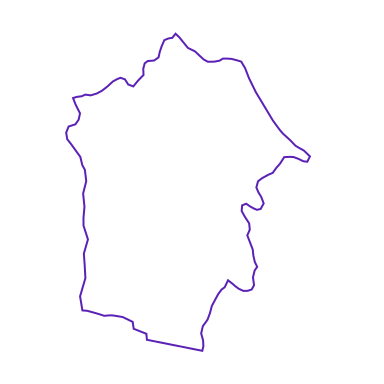 outline of Paraipaba, Ceará, Brazil, rotated 355°
{"feature_id": "56859067B23139491669089", "entity_name": "Paraipaba", "entity_type": "district", "adm_level": 2, "iso_a3": "BRA", "parent_name": "Brazil", "parent_adm1": "Ceará", "projection": "equal_earth", "projection_center": [-39.165, -3.424], "detail": "fine", "context": "isolated", "style": "outline", "palette": "violet", "viewbox_px": 384, "rotation_deg": 355, "n_neighbors": 0, "source": "geoboundaries", "source_scale": "gbopen_adm2", "svg_char_len": 1781}
<svg xmlns="http://www.w3.org/2000/svg" viewBox="0 0 384 384"><g transform="rotate(355 192 192)"><path d="M312.6,166.8L307.0,160.4L302.5,157.4L299.1,154.9L294.2,148.8L287.8,141.9L285.1,138.2L281.6,132.5L278.8,127.8L264.3,98.1L258.7,83.6L255.7,73.3L252.4,66.4L247.4,64.4L242.8,62.8L238.0,62.1L234.4,61.8L230.9,63.6L225.3,64.1L219.1,63.6L215.2,61.0L211.8,57.3L207.3,52.2L200.5,48.1L196.2,41.8L192.8,36.7L189.4,32.9L185.8,36.7L181.8,37.0L177.7,38.3L174.5,44.1L172.1,49.6L170.4,55.0L165.7,57.7L159.3,57.7L156.1,59.7L154.2,64.9L153.9,71.2L148.0,76.3L142.7,81.7L137.8,79.3L135.0,73.9L130.7,72.0L127.3,73.0L122.8,75.0L116.8,79.6L110.9,83.4L105.7,85.6L99.4,86.9L94.3,85.7L90.4,87.0L85.5,87.2L81.7,88.0L83.6,94.6L87.3,103.9L85.4,110.0L81.8,114.4L74.8,116.0L71.8,122.0L72.3,128.5L75.9,134.0L83.8,147.3L85.1,155.8L87.2,160.5L87.6,172.0L83.4,184.0L83.6,197.2L81.6,208.6L81.0,216.0L84.2,230.2L78.9,243.9L78.7,256.0L78.3,268.5L71.4,286.2L72.5,300.4L77.2,301.2L85.3,304.2L89.1,305.7L93.8,307.7L99.8,307.7L103.4,308.3L112.0,310.5L121.6,316.2L122.0,323.2L134.2,329.3L134.2,335.3L188.4,351.1L189.9,346.6L190.1,340.7L188.8,333.7L191.1,326.6L196.3,320.6L199.3,314.3L201.8,307.3L205.3,301.9L209.2,296.0L212.9,291.8L216.3,289.7L220.2,283.1L224.0,286.6L227.1,289.8L230.2,292.5L234.5,295.0L238.9,295.3L243.0,294.3L245.7,290.2L245.3,282.4L247.5,275.8L250.4,272.2L248.5,267.2L247.6,260.9L247.5,254.7L245.3,246.9L243.3,240.0L246.3,234.5L246.2,228.2L242.6,221.5L239.8,215.2L240.8,209.7L244.9,208.4L248.7,211.5L251.8,213.6L255.1,215.4L258.9,214.9L262.4,209.6L260.6,203.1L258.1,198.0L256.5,193.1L258.7,187.1L263.1,184.3L269.7,181.4L274.1,180.0L277.8,175.6L282.2,171.4L286.9,165.3L292.3,165.5L296.1,166.0L300.6,168.1L305.7,171.1L309.5,171.9L312.6,166.8Z" fill="none" stroke="#5b21b6" stroke-width="2"/></g></svg>